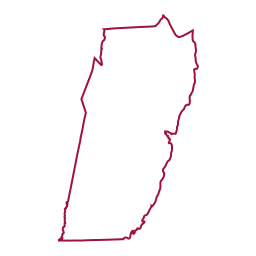 Balaka, Balaka, Malawi
{"feature_id": "42251766B20450933672567", "entity_name": "Balaka", "entity_type": "district", "adm_level": 2, "iso_a3": "MWI", "parent_name": "Malawi", "parent_adm1": "Balaka", "projection": "equal_earth", "projection_center": [35.125, -15.031], "detail": "fine", "context": "isolated", "style": "outline", "palette": "rose", "viewbox_px": 256, "rotation_deg": 0, "n_neighbors": 0, "source": "geoboundaries", "source_scale": "gbopen_adm2", "svg_char_len": 5810}
<svg xmlns="http://www.w3.org/2000/svg" viewBox="0 0 256 256"><path d="M192.8,30.4L190.9,31.5L189.6,32.2L188.8,32.8L187.2,33.6L185.9,34.3L184.8,34.8L184.0,35.3L183.2,35.8L182.4,36.0L181.6,36.4L179.2,37.1L178.6,37.1L178.1,36.9L177.6,36.6L177.2,36.1L176.3,35.6L175.4,34.7L171.5,27.5L169.4,23.5L169.3,22.6L168.6,21.2L167.9,20.0L166.9,18.8L166.5,18.5L165.7,17.9L164.6,17.2L164.3,16.7L163.9,16.0L163.4,15.4L163.1,15.4L163.0,16.4L162.9,16.8L162.8,17.2L162.2,18.2L161.5,19.0L160.8,19.5L160.4,20.0L159.9,20.9L159.2,22.2L158.3,23.4L156.9,24.6L155.4,26.2L148.1,26.7L139.6,27.0L136.5,27.2L128.9,27.6L119.9,28.1L118.8,28.1L113.0,28.5L104.0,29.3L104.2,29.5L104.4,29.7L104.2,30.4L104.2,30.7L104.3,31.8L104.2,32.1L103.9,33.0L103.8,33.7L103.6,34.4L103.7,34.7L103.7,35.0L104.1,36.0L104.3,36.1L104.8,36.5L104.9,37.2L104.8,37.6L104.8,37.9L104.8,38.6L104.5,39.4L103.9,40.4L103.5,40.6L103.0,40.8L102.7,41.4L102.4,42.0L102.2,42.7L101.8,43.9L101.5,44.5L101.6,45.9L101.5,47.3L101.3,48.0L101.4,48.6L101.9,48.9L101.7,49.4L101.4,49.8L101.2,50.4L101.2,51.2L101.2,52.0L101.2,52.3L101.3,53.1L100.9,54.2L100.9,54.8L100.4,56.9L100.4,57.4L100.5,58.0L101.0,59.2L101.4,60.7L102.0,64.6L101.2,65.0L97.2,60.8L94.6,58.1L94.3,60.0L93.8,61.7L93.7,62.7L93.1,66.5L92.2,70.9L88.2,81.5L85.0,89.7L83.0,95.0L81.4,99.1L85.9,112.7L84.1,120.3L82.3,130.0L80.5,138.4L80.4,139.9L77.5,153.5L70.2,190.7L68.4,199.4L68.2,200.7L67.8,201.8L67.6,202.0L67.1,202.0L66.8,202.1L66.6,202.8L66.5,203.1L66.6,203.5L66.8,203.6L67.1,203.6L67.4,203.7L67.2,204.0L66.8,204.5L66.9,204.9L67.3,205.4L67.4,205.7L67.3,206.0L67.2,206.3L66.0,207.4L65.9,207.8L66.1,208.1L65.9,208.4L65.4,208.4L64.9,208.9L64.9,209.2L64.9,209.6L65.2,211.3L65.1,212.0L64.6,213.3L64.6,214.1L64.7,214.8L64.9,215.5L64.9,215.8L64.5,216.7L64.5,217.1L64.6,217.4L65.0,217.9L65.1,218.2L65.0,218.5L64.7,219.2L64.7,219.5L64.7,220.6L64.9,221.7L65.1,222.4L65.3,222.7L65.3,223.0L64.6,223.3L64.5,223.6L64.7,225.1L64.6,226.2L64.5,226.5L64.2,226.7L64.0,226.9L63.7,226.8L63.4,226.9L63.3,227.1L63.0,227.8L62.7,228.8L62.7,229.1L62.8,229.9L63.5,231.5L63.8,232.6L63.7,232.9L63.5,233.2L63.0,233.4L62.7,233.6L62.6,233.9L62.4,234.2L62.4,234.6L62.5,235.3L62.3,235.6L61.9,236.0L61.7,236.3L61.7,236.7L62.4,237.8L62.4,238.2L62.2,238.8L61.9,239.0L61.2,238.5L60.9,238.4L60.4,238.6L59.9,239.0L59.1,240.0L58.1,240.5L67.4,240.6L79.6,240.5L82.3,240.5L88.4,240.2L109.3,239.7L113.5,239.5L123.4,239.2L123.5,239.0L123.6,238.7L124.0,238.2L124.7,237.7L125.2,237.5L126.3,237.5L126.9,237.7L128.2,238.5L128.9,238.6L129.5,238.3L130.0,237.5L130.3,236.5L130.6,234.5L131.0,233.2L131.6,231.9L132.2,231.1L132.7,230.8L133.0,230.8L133.2,231.0L133.3,231.7L133.0,232.7L133.0,233.1L133.0,233.4L133.2,233.7L133.5,233.8L134.0,233.7L134.7,232.6L134.8,232.3L134.8,231.6L134.9,231.0L135.2,230.5L135.8,230.3L136.3,230.1L136.6,229.9L137.0,228.9L137.2,228.6L137.4,228.4L138.0,228.4L138.5,228.7L139.0,228.8L139.3,228.8L139.6,228.8L140.0,228.5L140.2,228.2L140.6,227.6L140.8,226.9L141.1,225.9L141.4,225.3L141.9,224.4L142.4,223.9L143.2,223.5L143.4,223.4L144.3,222.4L144.4,222.1L144.5,221.8L144.4,221.5L144.2,221.4L143.9,221.4L142.7,221.5L142.5,221.3L142.3,221.1L142.2,220.8L142.2,220.4L142.5,219.8L143.8,217.8L144.0,216.6L144.3,216.0L144.8,215.6L145.7,215.2L146.2,215.1L146.7,214.8L147.2,214.4L147.6,213.9L148.6,212.0L149.8,209.5L150.2,209.0L150.5,208.2L150.8,207.5L151.1,207.1L151.3,206.8L151.5,206.2L151.5,205.7L152.2,206.2L153.8,204.3L154.8,202.8L155.3,201.9L155.7,200.9L156.4,197.9L157.1,196.2L157.8,195.1L158.1,194.8L159.0,191.8L159.2,191.2L159.5,190.6L160.1,188.9L160.3,187.6L160.4,186.5L160.4,182.9L160.5,182.2L160.7,181.5L161.0,180.9L161.7,180.2L162.3,179.1L163.1,178.0L163.7,176.7L163.9,176.0L164.3,173.8L164.2,173.4L164.0,172.7L163.6,172.2L163.3,171.8L163.0,171.0L162.9,170.3L163.0,169.6L163.1,169.2L163.5,168.6L164.6,167.3L165.7,165.5L166.4,163.9L166.8,162.9L167.1,162.3L167.5,161.7L168.1,161.0L168.9,160.5L169.6,159.8L170.0,158.9L170.6,157.2L171.0,155.8L171.2,152.2L171.6,151.7L171.9,150.6L172.1,149.5L171.9,149.0L172.0,147.9L172.0,146.4L171.8,145.8L171.6,144.3L171.2,143.8L170.7,143.3L170.1,143.1L169.8,143.0L169.0,143.2L168.8,142.9L169.5,141.0L170.1,139.6L169.5,138.8L169.4,138.5L169.2,138.3L168.9,138.4L168.6,138.4L168.5,137.8L168.0,136.9L167.9,136.6L168.1,136.2L167.9,135.9L167.3,136.0L167.1,135.7L166.8,135.2L166.1,134.4L166.1,133.7L165.9,133.7L165.6,133.8L165.1,133.5L165.2,131.3L165.5,131.3L166.3,131.6L166.9,131.5L168.0,131.6L168.8,132.3L170.0,132.9L170.7,133.3L171.0,133.3L171.2,133.6L171.3,133.9L171.5,134.1L172.3,133.7L172.9,133.8L174.3,133.6L175.4,133.6L175.6,133.7L175.9,133.0L176.5,131.2L177.0,129.0L177.1,128.6L177.0,127.2L177.0,126.8L177.2,126.4L177.8,125.6L177.9,125.0L178.0,124.3L178.0,122.4L178.0,121.7L178.5,120.0L178.8,119.0L179.2,118.0L179.2,117.6L179.0,117.2L179.4,115.8L180.0,114.6L180.4,114.0L180.8,113.0L180.9,112.7L181.5,111.9L182.0,111.1L182.5,110.7L183.1,109.9L183.6,109.6L183.8,109.4L184.6,107.4L185.1,106.5L185.6,105.5L185.8,105.3L186.6,105.2L187.0,104.7L187.3,104.7L187.9,104.8L188.4,104.8L188.7,104.7L189.2,104.4L189.4,104.1L189.6,103.5L189.7,103.1L189.8,102.1L189.9,100.6L189.6,98.4L189.6,97.3L189.8,96.2L189.9,95.8L190.5,95.4L191.0,94.1L192.3,91.9L192.8,90.6L193.0,89.9L193.2,88.1L193.5,87.1L193.8,84.9L194.0,84.3L194.4,83.6L194.8,82.6L194.9,82.2L195.0,80.3L194.9,79.6L194.7,78.5L194.6,77.0L194.6,76.5L194.7,75.3L194.7,73.8L194.2,70.8L194.2,70.1L194.2,69.4L194.9,69.0L196.1,68.9L196.4,68.9L196.7,68.7L197.0,68.5L197.7,67.4L197.8,67.1L197.9,66.7L197.8,66.0L197.6,65.6L196.3,63.1L195.6,60.6L195.7,59.5L195.6,58.5L195.5,58.0L195.4,56.9L195.2,56.2L195.1,55.0L195.1,54.7L195.2,53.9L195.8,51.9L196.0,50.9L196.0,50.1L195.5,46.6L195.5,44.4L195.2,43.7L194.8,42.8L194.2,42.0L193.6,41.7L193.2,41.2L193.1,40.9L192.8,40.3L192.6,39.2L192.5,35.5L192.6,34.1L192.7,33.4L192.8,32.3L192.8,30.4Z" fill="none" stroke="#9f1239" stroke-width="2"/></svg>